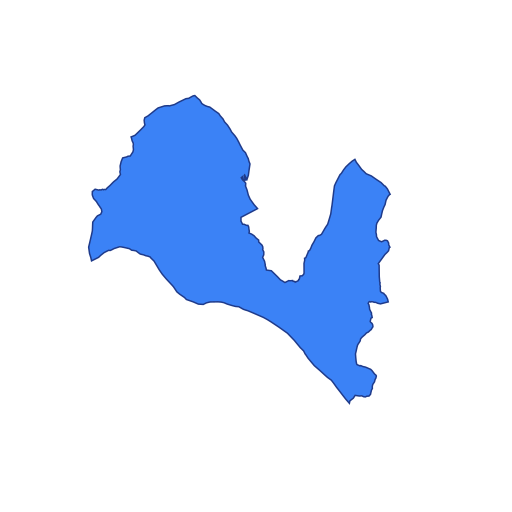 the district of Suhag, Suhaj, Egypt, rotated 332°
{"feature_id": "37247803B47370411243252", "entity_name": "Suhag", "entity_type": "district", "adm_level": 2, "iso_a3": "EGY", "parent_name": "Egypt", "parent_adm1": "Suhaj", "projection": "equal_earth", "projection_center": [31.692, 26.547], "detail": "fine", "context": "isolated", "style": "filled", "palette": "blue", "viewbox_px": 512, "rotation_deg": 332, "n_neighbors": 0, "source": "geoboundaries", "source_scale": "gbopen_adm2", "svg_char_len": 5597}
<svg xmlns="http://www.w3.org/2000/svg" viewBox="0 0 512 512"><g transform="rotate(332 256 256)"><path d="M108.5,183.1L116.4,183.3L119.2,182.5L123.5,181.7L128.5,181.8L129.9,182.7L132.0,182.8L134.2,182.8L139.9,183.8L141.3,184.7L143.4,186.4L145.5,188.2L146.5,189.1L147.6,190.0L149.0,192.6L150.4,193.5L152.5,195.2L154.5,199.6L155.2,200.4L157.3,202.2L158.7,203.9L160.7,205.6L162.2,207.4L162.2,208.3L163.6,212.6L164.1,222.9L164.7,228.1L166.0,234.1L168.3,242.7L168.7,244.5L169.3,250.5L170.7,253.9L173.4,259.1L174.1,261.7L179.0,267.0L182.5,271.4L186.7,274.0L190.3,274.1L193.8,275.0L200.9,278.6L203.7,280.4L205.8,282.2L207.9,284.8L211.4,288.3L214.2,290.9L217.0,292.7L219.8,297.1L221.4,298.8L223.2,300.6L226.7,304.9L230.2,309.3L233.7,313.7L236.0,317.2L236.5,318.0L238.5,321.5L242.7,329.3L247.5,338.9L250.2,348.4L252.1,357.8L253.5,362.2L253.4,365.6L253.6,366.5L254.0,370.7L256.0,380.2L258.7,387.2L260.8,393.2L262.1,396.7L264.2,401.0L264.8,404.4L265.5,409.8L266.1,413.1L267.4,420.8L267.6,421.9L268.0,424.3L269.3,429.9L270.9,428.0L275.2,427.2L278.1,425.6L281.6,428.2L283.7,429.1L285.1,430.9L286.5,431.8L287.9,431.8L290.0,432.7L292.2,431.9L292.9,431.0L295.1,428.5L296.5,427.7L297.3,426.0L298.7,424.3L301.6,422.7L303.1,421.0L304.5,420.1L305.9,418.5L306.0,417.6L305.3,415.9L304.6,411.6L304.0,409.8L303.3,409.0L301.9,407.2L300.5,405.5L298.4,403.7L297.0,401.9L296.3,401.9L294.9,400.2L294.2,399.3L294.2,398.5L294.5,397.5L295.0,395.9L296.4,392.5L297.9,389.1L300.1,386.6L302.3,384.0L303.8,382.4L305.2,381.5L305.8,381.2L308.1,379.9L309.5,378.2L311.7,377.4L315.2,376.6L317.4,375.8L319.5,375.9L322.4,375.1L323.1,375.1L324.5,374.2L326.0,373.4L326.7,371.7L326.8,370.0L326.1,368.3L326.1,367.4L328.3,364.9L329.7,364.9L330.5,362.4L330.5,361.5L331.2,360.7L331.2,359.0L331.3,356.4L332.0,354.7L332.8,352.1L332.8,350.4L334.2,349.6L335.0,349.6L335.7,350.5L336.4,350.5L337.8,351.4L338.5,352.3L339.9,353.1L341.3,354.9L343.4,356.7L351.2,358.6L351.9,356.0L352.0,353.4L352.0,351.7L351.3,350.0L351.3,349.0L349.9,347.4L349.6,347.1L349.3,345.6L350.8,342.2L351.5,341.4L352.2,338.8L353.0,338.0L353.0,337.1L355.2,332.0L360.4,321.9L360.4,320.1L365.4,317.7L370.5,315.2L373.3,314.4L375.5,313.6L377.7,311.1L378.4,311.1L378.4,309.3L378.4,308.5L379.2,306.8L379.2,304.3L378.5,303.4L377.1,302.5L376.3,302.5L375.7,302.5L373.6,302.4L372.9,301.6L371.5,299.8L371.5,298.1L371.5,297.0L371.5,295.5L372.3,293.8L373.0,291.3L375.2,287.9L376.7,285.3L378.2,283.7L381.0,282.0L384.6,280.4L386.8,277.8L389.0,275.3L391.9,272.8L393.4,271.7L394.1,271.2L397.0,267.8L400.6,265.3L402.7,264.5L403.4,264.5L403.5,258.5L402.9,255.1L402.2,254.2L400.9,249.9L399.5,247.3L398.1,244.7L395.4,239.4L394.0,237.7L391.9,235.1L390.8,231.5L390.5,230.8L389.9,229.0L389.2,223.9L388.9,222.1L388.6,220.4L388.7,217.1L385.4,217.4L381.8,218.2L377.2,219.5L373.7,221.1L370.2,223.1L368.4,223.6L360.9,228.8L358.2,230.9L354.7,235.8L347.5,246.1L346.2,247.9L346.1,248.0L345.9,248.2L341.8,253.9L338.3,257.5L334.2,261.6L331.7,262.9L329.6,264.1L326.6,266.0L324.0,267.6L322.0,267.7L320.6,267.2L317.4,268.1L314.1,270.5L313.3,271.0L310.5,272.7L308.2,274.7L306.0,276.2L304.5,276.3L304.5,276.6L304.1,276.9L299.2,280.9L297.8,280.8L297.1,282.5L294.9,285.1L290.5,293.5L289.7,294.4L287.6,295.2L285.5,294.3L285.4,294.3L284.8,295.1L283.3,296.8L282.6,296.8L281.9,297.6L280.4,297.6L278.3,297.5L278.3,296.7L276.9,295.8L276.9,294.9L274.8,294.0L274.2,293.7L273.4,293.1L269.1,293.0L267.1,289.6L266.4,288.7L265.7,286.1L265.4,285.0L265.2,284.3L263.3,278.3L262.6,276.2L258.6,273.3L259.2,271.3L259.6,268.8L260.0,268.3L261.1,264.6L261.1,263.7L261.2,260.3L263.4,258.6L264.3,257.0L264.8,256.1L264.9,253.5L265.6,252.7L266.3,251.0L266.4,249.2L265.0,244.9L265.8,243.2L265.1,241.6L264.4,239.8L263.8,237.2L262.4,234.6L260.6,232.4L261.7,231.1L262.5,228.6L263.2,226.9L263.2,226.0L263.3,225.2L261.8,224.3L260.5,222.5L259.0,221.6L259.1,219.9L259.1,218.2L260.9,214.8L279.6,214.9L279.5,214.3L278.4,209.8L277.5,203.2L277.8,198.7L279.1,193.3L279.6,189.2L279.8,189.1L279.8,188.9L280.2,188.4L281.1,186.9L280.7,184.7L279.9,182.6L279.7,180.0L281.2,179.6L280.8,182.2L281.6,183.7L282.6,184.1L282.6,182.1L283.3,179.4L284.0,179.1L283.9,181.9L284.1,184.0L287.1,181.2L289.9,177.3L291.6,175.0L293.9,171.9L294.2,169.2L294.9,166.2L294.9,164.0L295.2,159.8L294.1,156.3L294.1,154.0L294.1,152.3L294.1,152.2L294.1,150.1L294.2,147.8L294.2,143.1L293.8,139.9L292.7,135.2L292.7,131.8L292.3,127.1L291.4,123.7L291.2,122.8L291.2,119.4L290.2,115.3L290.0,112.8L287.9,108.7L287.1,107.0L285.1,102.8L283.4,101.3L281.6,99.2L280.3,97.1L279.7,95.8L279.7,93.9L279.5,91.7L278.4,89.0L277.3,85.6L275.6,85.1L272.9,85.1L270.7,85.2L268.0,84.2L260.3,83.9L255.1,84.0L250.0,82.8L249.1,82.1L247.4,81.3L245.6,80.5L239.1,79.3L236.5,79.7L226.4,81.6L222.7,81.7L221.0,83.6L220.1,85.8L219.7,87.1L219.5,88.1L217.7,89.1L215.1,89.9L212.9,90.6L206.0,92.6L204.2,92.5L201.6,92.2L201.4,93.5L200.7,96.1L200.6,98.6L199.9,100.3L199.1,101.2L197.7,104.6L196.2,106.3L193.3,107.9L191.9,108.7L189.8,107.8L188.3,107.8L184.8,106.9L184.3,106.8L181.2,109.4L178.3,112.7L177.5,114.4L176.8,116.1L175.3,117.8L174.6,120.4L169.5,122.8L165.3,123.6L163.9,124.0L160.2,125.2L156.7,126.0L154.5,126.8L153.1,125.9L152.4,125.9L151.7,125.0L150.3,125.0L148.9,124.1L148.2,124.1L145.3,121.5L142.5,122.1L141.8,122.2L140.3,124.8L140.0,125.8L139.8,127.4L139.7,128.2L139.6,129.0L140.3,131.6L140.7,133.3L140.7,134.2L140.9,136.8L141.1,137.9L141.3,140.3L141.4,140.8L141.5,142.0L141.0,143.5L140.7,144.5L138.5,146.2L134.9,146.1L134.3,146.3L132.8,146.9L127.8,149.4L126.3,151.9L124.8,154.5L123.3,157.0L121.2,159.5L116.1,165.4L112.4,169.6L110.2,175.6L109.4,179.9L108.5,183.1Z" fill="#3b82f6" stroke="#1e3a8a" stroke-width="1.5"/></g></svg>